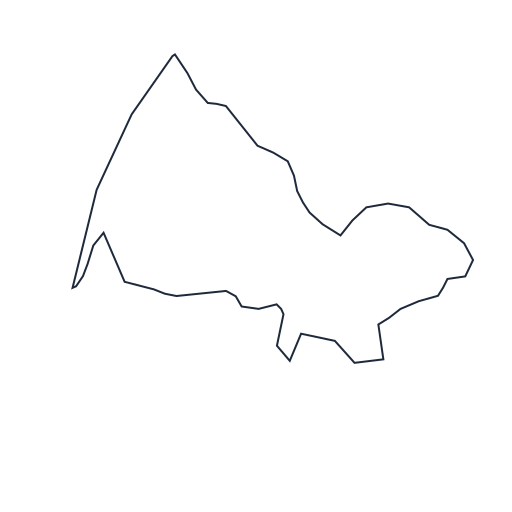 outline of Kŏḷamba, rotated 35°
{"feature_id": "LKA-2470", "entity_name": "Kŏḷamba", "entity_type": "District", "adm_level": 1, "iso_a3": "LKA", "parent_name": "Sri Lanka", "parent_adm1": "", "projection": "albers", "projection_center": [80.037, 6.845], "detail": "fine", "context": "isolated", "style": "outline", "palette": "slate", "viewbox_px": 512, "rotation_deg": 35, "n_neighbors": 0, "source": "natural_earth", "source_scale": "10m", "svg_char_len": 879}
<svg xmlns="http://www.w3.org/2000/svg" viewBox="0 0 512 512"><g transform="rotate(35 256 256)"><path d="M124.0,387.3L87.5,293.2L74.2,218.6L72.9,211.2L72.9,140.2L74.0,137.4L95.1,145.6L111.4,154.1L128.7,158.3L136.4,154.0L145.3,150.4L194.0,164.8L211.0,161.4L227.7,160.2L241.0,168.4L252.5,179.2L263.7,185.2L275.0,189.7L292.4,191.8L313.4,190.7L314.6,171.4L318.5,152.8L334.1,137.3L353.5,128.3L380.0,131.1L397.8,124.7L419.1,126.2L436.1,134.8L439.1,152.7L426.0,165.0L427.4,174.6L427.9,184.2L415.3,199.6L404.7,216.5L400.5,230.2L395.5,241.9L419.6,267.6L398.0,287.0L369.3,280.3L337.5,293.8L343.8,322.5L324.6,317.5L311.9,287.9L306.9,284.9L300.6,283.8L288.5,297.8L273.2,305.6L262.5,300.6L251.5,301.8L213.8,334.4L202.9,339.2L191.5,341.9L163.2,352.5L117.8,324.4L116.7,340.7L122.6,359.1L125.8,371.7L126.0,384.0L125.6,384.6L124.0,387.3Z" fill="none" stroke="#1e293b" stroke-width="2"/></g></svg>